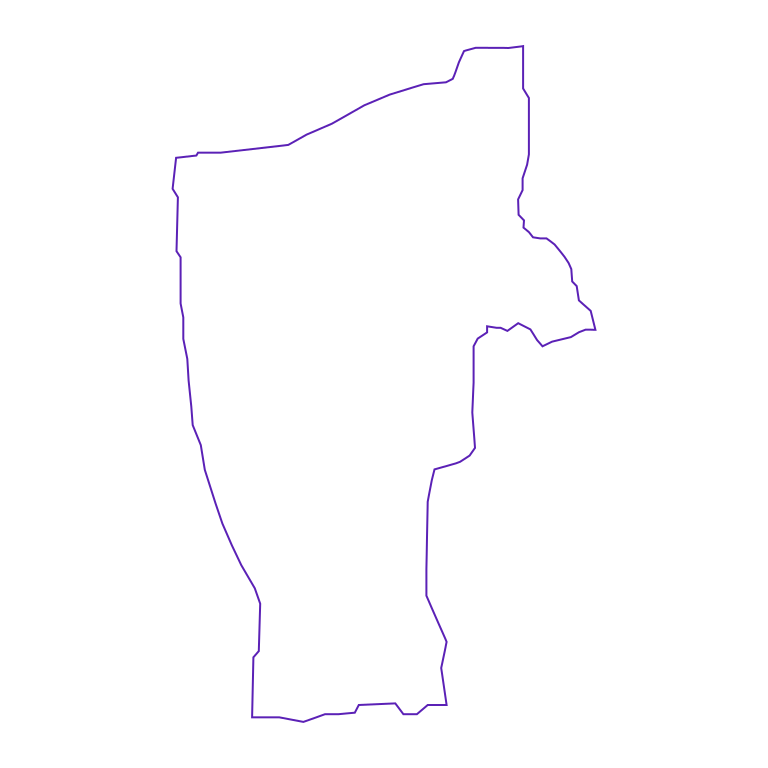 Abu Kershola, South Kordufan, Sudan
{"feature_id": "16777658B31438962952191", "entity_name": "Abu Kershola", "entity_type": "district", "adm_level": 2, "iso_a3": "SDN", "parent_name": "Sudan", "parent_adm1": "South Kordufan", "projection": "robinson", "projection_center": [30.867, 11.992], "detail": "fine", "context": "isolated", "style": "outline", "palette": "violet", "viewbox_px": 768, "rotation_deg": 0, "n_neighbors": 0, "source": "geoboundaries", "source_scale": "gbopen_adm2", "svg_char_len": 2227}
<svg xmlns="http://www.w3.org/2000/svg" viewBox="0 0 768 768"><path d="M523.1,46.1L521.4,46.4L508.4,48.0L504.5,47.9L503.0,47.9L480.4,47.8L475.7,47.8L465.8,50.5L464.0,51.1L461.8,55.9L458.9,62.3L455.4,72.3L453.9,76.3L453.7,76.6L452.8,78.8L446.0,82.3L423.6,84.2L412.7,87.5L389.7,94.6L364.3,105.3L351.3,112.7L331.9,123.7L321.0,128.4L316.9,130.2L306.6,134.6L288.3,144.9L283.4,145.5L220.4,152.7L198.0,152.7L197.8,153.0L197.6,153.4L196.4,155.5L195.9,155.6L195.1,155.7L193.9,155.8L192.2,156.0L191.2,156.1L190.7,156.2L187.2,156.6L186.8,156.6L181.8,157.2L176.1,157.8L172.6,188.8L177.9,197.3L176.5,251.2L180.6,257.3L180.6,289.7L180.6,303.5L183.3,317.4L183.3,332.0L183.3,338.2L183.3,338.9L187.3,358.9L188.6,380.5L191.3,406.6L192.7,425.1L200.8,445.1L204.8,469.8L210.2,486.7L215.6,503.6L222.4,523.6L231.8,545.2L241.3,565.2L254.8,588.3L260.2,603.7L258.8,651.1L253.4,657.3L252.1,717.3L279.1,717.3L303.4,721.9L315.6,717.6L325.0,714.2L338.5,714.2L346.9,713.4L354.8,712.7L358.8,705.0L385.9,703.8L395.3,703.4L403.4,714.2L416.9,714.2L427.7,705.0L446.6,705.0L446.0,700.8L443.8,685.7L441.8,672.0L441.2,668.0L442.1,663.8L444.6,651.9L445.5,647.5L446.0,644.8L446.6,641.9L445.3,638.7L438.2,622.7L431.7,607.9L428.2,599.8L426.4,595.7L426.4,575.7L426.4,569.2L426.7,554.4L427.0,537.4L427.6,507.7L427.7,501.8L429.2,493.7L430.9,484.9L431.8,480.2L434.5,469.4L439.1,468.1L443.4,466.9L445.3,466.4L451.5,464.6L456.1,463.3L456.3,463.2L460.1,461.8L460.7,461.4L469.6,455.6L475.0,447.9L474.3,438.2L473.3,425.5L472.3,412.5L472.8,401.1L473.3,389.2L473.6,382.7L473.6,381.7L473.6,358.6L473.6,346.3L477.7,338.6L487.1,332.4L487.1,326.3L490.2,326.8L496.6,327.8L500.6,327.8L507.4,330.9L518.2,323.2L530.4,329.4L534.0,335.1L534.6,336.1L537.1,340.1L540.1,343.5L542.5,346.3L552.0,341.7L552.7,341.5L570.9,337.1L579.0,332.2L585.5,329.7L588.1,329.7L591.3,329.7L594.1,329.8L595.4,329.8L590.7,310.9L582.8,303.9L578.9,300.4L576.7,286.1L572.2,281.5L571.7,274.7L571.3,269.1L568.6,263.0L564.5,256.8L560.5,251.7L554.6,244.5L550.6,241.4L546.5,238.4L540.2,238.4L533.0,237.3L529.0,232.2L523.5,227.6L524.0,220.4L518.6,214.8L518.1,199.4L522.6,190.1L522.6,178.3L527.1,164.7L528.9,154.4L528.9,98.0L523.1,88.5L523.1,47.3L523.1,46.1L523.1,46.1Z" fill="none" stroke="#5b21b6" stroke-width="2"/></svg>